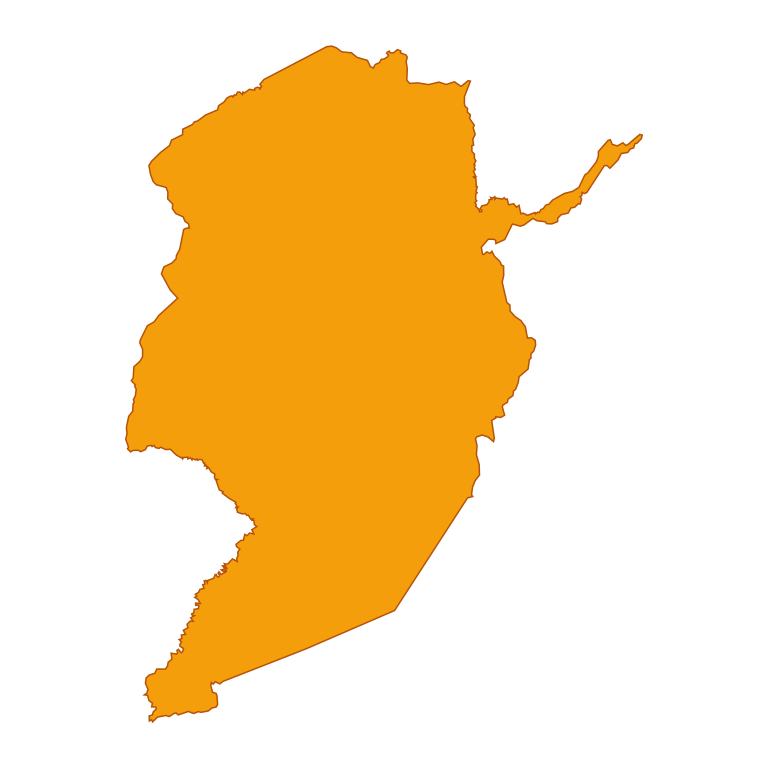 the district of Chama, Muchinga, Zambia
{"feature_id": "96606910B17560798529879", "entity_name": "Chama", "entity_type": "district", "adm_level": 2, "iso_a3": "ZMB", "parent_name": "Zambia", "parent_adm1": "Muchinga", "projection": "orthographic", "projection_center": [32.797, -11.274], "detail": "fine", "context": "isolated", "style": "filled", "palette": "amber", "viewbox_px": 768, "rotation_deg": 0, "n_neighbors": 0, "source": "geoboundaries", "source_scale": "gbopen_adm2", "svg_char_len": 6072}
<svg xmlns="http://www.w3.org/2000/svg" viewBox="0 0 768 768"><path d="M393.4,53.0L390.1,52.7L389.2,51.1L387.3,52.1L386.6,53.3L388.4,54.9L387.5,56.9L383.7,59.2L381.4,59.2L379.5,62.6L375.2,64.5L373.3,68.0L370.4,66.6L367.4,60.4L356.9,57.3L351.5,52.8L341.6,51.8L336.5,47.9L331.8,46.1L326.7,46.7L264.1,79.4L259.9,84.2L261.6,86.7L260.2,87.7L260.4,89.6L259.1,87.6L257.2,87.3L254.7,88.4L254.6,90.2L249.5,89.3L244.3,93.0L243.0,92.0L242.4,94.6L239.7,92.1L237.5,92.1L236.2,95.0L234.3,94.9L233.0,97.0L232.2,95.9L230.2,96.2L226.9,98.1L224.0,102.0L218.6,105.7L217.6,109.9L205.6,115.0L197.7,120.9L194.4,121.9L192.3,124.6L182.8,129.2L182.5,134.7L171.5,140.1L169.5,145.6L160.6,152.4L151.6,161.2L148.9,165.5L150.6,174.8L153.3,181.7L156.4,184.8L166.1,187.4L167.9,192.3L167.7,198.9L172.7,204.1L172.3,208.5L175.7,213.5L183.2,216.9L185.0,221.4L188.4,223.7L189.4,228.0L187.5,227.9L184.8,228.8L183.7,229.6L183.6,229.8L179.7,249.4L176.5,255.3L176.1,258.8L171.8,263.1L163.9,266.9L161.4,273.8L170.3,290.1L177.7,298.1L158.7,315.6L154.1,321.9L147.4,325.7L140.3,340.0L139.8,342.9L142.6,349.3L142.6,356.8L139.9,361.3L133.9,366.8L133.2,378.0L131.3,380.7L135.4,385.0L134.6,386.2L136.2,389.3L135.4,395.7L133.4,399.7L134.3,402.4L133.1,403.5L132.7,411.2L128.7,416.3L126.4,427.5L127.0,433.9L125.7,439.2L128.5,447.1L127.5,448.8L130.6,451.9L132.9,450.4L138.4,450.3L140.6,451.7L145.3,449.7L147.3,446.1L151.2,445.4L152.1,446.6L154.0,445.4L155.4,447.6L159.1,448.4L160.5,447.2L165.8,449.6L170.4,449.3L176.2,454.9L181.5,457.9L182.3,457.4L182.7,458.8L183.4,457.6L187.8,457.1L187.9,458.9L190.4,457.8L192.0,460.0L192.7,458.7L195.3,459.9L196.8,459.0L197.4,460.3L200.0,459.3L202.2,460.0L203.5,463.1L204.6,463.0L204.5,465.8L205.8,465.0L206.1,466.4L207.4,466.5L206.8,468.6L208.7,467.7L211.1,471.7L214.9,474.2L214.4,477.1L215.1,479.0L217.5,479.5L216.0,480.2L219.4,490.0L223.1,491.7L222.2,493.1L230.1,499.0L236.0,502.3L235.2,503.5L236.8,505.5L235.8,507.6L238.1,507.1L236.7,509.1L237.5,512.3L242.3,513.9L245.5,513.6L246.7,515.3L248.4,515.3L250.7,519.1L252.9,518.8L252.0,520.2L253.9,520.3L254.3,524.5L256.8,526.6L251.8,529.7L253.9,534.0L249.6,533.0L247.1,535.6L244.8,534.4L243.4,540.3L240.8,540.4L236.0,544.4L236.5,546.6L239.8,549.0L237.7,552.2L238.1,555.6L236.6,558.6L237.3,561.5L232.5,558.9L227.3,564.3L224.3,563.6L226.8,568.4L225.4,568.2L224.3,565.7L222.5,565.9L225.1,568.9L221.2,569.9L223.1,571.4L226.2,570.5L226.3,571.6L221.3,574.4L218.9,571.8L218.1,573.3L219.6,575.2L219.0,576.8L217.2,576.7L216.2,574.4L215.2,574.5L213.8,578.2L207.6,580.5L207.4,582.8L205.9,580.4L204.2,580.8L204.9,584.1L202.7,584.7L204.0,588.4L199.9,589.4L198.5,592.4L195.3,594.3L197.0,596.1L194.7,597.3L198.1,599.6L200.3,603.4L195.6,603.1L195.7,605.3L198.7,605.3L198.7,607.2L198.2,608.7L194.1,609.3L193.8,612.7L191.6,613.9L192.2,615.2L194.4,615.6L190.7,617.9L193.2,621.3L190.2,621.1L187.0,624.3L188.0,627.6L183.3,630.3L185.5,634.4L181.4,635.0L181.8,638.6L179.1,639.5L181.5,642.1L179.8,644.5L180.0,646.2L183.5,648.5L182.5,651.9L181.2,652.7L178.4,649.3L176.9,650.4L177.6,652.7L176.6,654.1L171.1,653.2L171.9,659.1L168.2,662.2L167.4,666.3L165.4,669.1L156.8,669.0L154.8,673.3L149.3,675.0L146.2,677.9L145.4,683.2L148.0,689.4L146.9,693.1L144.3,694.9L147.5,695.3L149.1,700.8L152.4,703.1L151.6,706.9L155.8,707.0L156.4,708.8L153.3,711.8L152.4,714.9L149.1,716.0L149.4,721.0L151.6,719.7L152.6,721.9L157.5,717.1L165.8,715.5L169.3,716.5L174.4,713.2L176.2,713.1L178.2,714.9L188.3,711.5L193.7,713.5L198.1,711.7L201.2,712.3L208.5,710.9L211.8,708.1L216.2,707.0L217.6,704.4L217.0,695.8L216.1,693.4L212.5,692.2L210.8,685.4L211.4,682.6L213.2,684.1L215.3,681.7L219.9,683.9L222.9,681.4L307.3,648.3L394.6,610.5L467.5,497.9L473.4,496.4L472.0,496.2L471.6,493.9L472.6,486.9L475.1,480.8L479.5,475.0L479.2,464.7L476.4,454.6L477.0,445.7L475.5,438.6L476.8,436.9L482.2,435.0L488.0,437.0L493.5,441.6L494.3,438.5L491.7,420.4L495.9,418.0L495.7,416.7L500.7,417.5L504.6,415.2L502.3,406.8L503.0,405.0L507.3,402.3L508.3,398.9L512.9,395.7L513.6,390.9L515.5,389.5L518.2,382.7L519.1,376.7L528.1,369.0L529.4,359.6L531.0,358.1L530.9,354.1L533.8,350.8L535.6,345.3L535.3,340.4L531.8,337.9L527.4,337.9L525.3,326.6L520.8,320.5L515.4,316.9L510.1,311.1L509.9,305.0L506.9,302.6L502.2,282.2L503.7,275.5L503.6,266.1L501.6,265.2L499.7,261.2L494.4,256.2L491.9,251.2L490.2,253.4L486.7,251.9L483.8,254.5L482.6,254.2L481.3,247.3L488.3,239.2L494.4,239.4L495.7,240.6L495.9,243.6L504.8,239.5L512.4,224.0L520.3,226.2L524.0,225.0L532.9,218.4L537.1,220.8L544.9,221.7L546.9,223.7L551.9,223.9L557.6,221.6L557.9,218.0L561.2,214.7L568.1,213.1L571.0,207.9L574.6,207.3L578.4,203.7L580.2,204.0L581.6,199.1L580.1,196.7L581.8,195.7L582.0,192.5L584.3,193.6L586.9,192.4L604.3,165.7L607.0,165.5L609.9,168.3L618.0,160.0L621.3,153.5L627.7,152.5L630.2,149.0L633.7,147.9L634.7,143.9L637.1,143.1L641.3,138.7L642.3,135.1L639.8,134.4L628.0,144.5L625.8,145.5L622.9,142.8L617.3,145.9L612.2,144.4L610.4,139.8L608.3,140.2L598.4,151.5L598.3,156.4L596.3,162.0L587.8,172.9L584.9,174.9L578.9,187.4L572.5,191.4L564.2,193.5L552.4,200.2L549.1,204.1L545.8,205.1L543.3,208.6L540.8,209.7L539.4,212.5L537.5,212.2L535.6,214.0L535.0,212.5L527.6,215.3L523.0,213.1L520.9,213.8L519.0,205.3L516.4,207.2L513.7,203.7L508.6,204.8L507.2,199.0L505.6,199.4L504.2,197.7L502.3,199.1L496.1,198.0L494.9,199.3L494.8,196.7L492.4,198.1L490.7,197.5L491.7,199.4L489.0,199.8L489.0,201.9L486.9,204.7L481.8,205.9L479.9,209.4L481.7,210.2L481.8,211.5L479.5,211.9L479.0,209.3L475.7,206.3L476.3,204.7L475.0,202.7L476.8,200.8L475.7,199.6L475.7,194.4L477.1,192.8L476.0,191.9L477.3,186.7L476.3,186.7L475.9,178.5L474.5,177.8L475.7,177.0L474.0,176.7L475.6,176.0L473.5,171.2L475.3,169.4L474.3,167.9L475.0,165.1L473.8,164.7L475.9,160.9L474.4,158.4L474.4,154.0L472.0,151.7L471.8,145.7L473.6,145.2L472.8,139.2L475.2,134.4L473.2,127.8L474.3,125.2L469.7,118.7L470.3,114.8L467.4,112.1L467.5,108.5L464.9,106.1L464.4,103.8L464.5,96.5L470.4,81.1L468.1,80.7L461.1,86.4L454.4,81.8L446.2,84.5L439.0,82.1L428.6,84.6L417.9,82.9L409.8,83.4L406.8,80.3L407.3,68.5L406.1,61.6L407.3,57.3L406.1,55.1L400.4,52.8L400.8,51.0L397.4,49.6L393.4,53.0Z" fill="#f59e0b" stroke="#b45309" stroke-width="1.5"/></svg>